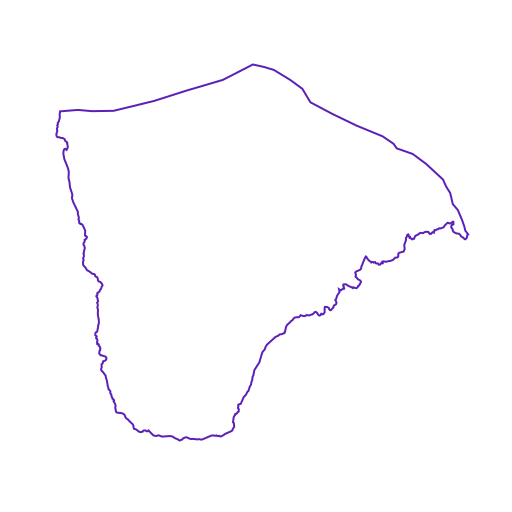 the district of North Ambrym, Malampa, Vanuatu, rotated 185°
{"feature_id": "77236927B87914906430322", "entity_name": "North Ambrym", "entity_type": "district", "adm_level": 2, "iso_a3": "VUT", "parent_name": "Vanuatu", "parent_adm1": "Malampa", "projection": "orthographic", "projection_center": [168.138, -16.178], "detail": "fine", "context": "isolated", "style": "outline", "palette": "violet", "viewbox_px": 512, "rotation_deg": 185, "n_neighbors": 0, "source": "geoboundaries", "source_scale": "gbopen_adm2", "svg_char_len": 6027}
<svg xmlns="http://www.w3.org/2000/svg" viewBox="0 0 512 512"><g transform="rotate(185 256 256)"><path d="M463.8,383.0L463.9,379.8L463.5,376.6L464.3,372.5L465.0,371.6L465.1,371.0L464.8,370.1L465.4,368.7L464.9,367.8L464.9,366.8L465.3,366.0L465.4,365.2L464.8,363.2L465.5,360.3L465.3,358.7L464.8,357.6L463.9,357.0L462.6,357.2L460.6,356.6L459.0,356.7L456.9,355.8L456.1,354.1L454.1,352.8L453.8,352.1L454.0,351.7L453.0,348.6L453.2,346.9L454.0,345.2L454.4,345.5L454.0,345.7L454.7,345.7L455.4,346.2L456.2,345.8L456.9,343.9L456.8,341.0L455.4,335.9L451.3,327.8L450.2,325.0L449.8,322.9L449.6,317.4L448.3,313.5L447.2,308.0L444.5,301.7L444.2,299.8L444.5,298.4L444.2,297.1L442.7,293.6L437.3,284.5L437.1,282.3L435.8,278.8L436.0,276.7L435.2,275.8L435.2,273.9L435.1,273.6L434.0,273.2L433.8,272.6L432.6,272.7L431.3,271.6L428.4,266.5L428.1,261.4L426.5,260.7L426.0,260.1L426.6,258.4L428.2,257.0L427.9,256.2L428.0,255.4L429.0,253.3L428.7,251.9L427.9,251.1L427.3,249.2L427.3,248.0L427.8,245.9L427.8,243.8L428.1,243.5L427.5,241.8L427.5,240.4L428.0,238.5L427.3,236.8L427.8,235.6L427.6,232.8L427.1,231.6L424.8,229.5L423.2,227.2L420.5,226.0L417.5,224.0L415.6,223.9L414.9,223.4L414.5,222.0L414.0,221.6L412.5,221.1L411.9,220.3L411.2,217.8L410.6,217.0L408.8,216.6L407.2,215.1L406.3,213.4L407.1,211.9L407.4,210.0L408.3,208.7L409.0,206.8L410.9,205.2L410.6,203.9L410.8,202.9L411.4,202.7L411.5,201.8L410.4,200.6L409.4,197.1L410.2,195.5L409.6,194.5L409.2,192.9L409.6,191.0L408.7,188.6L408.6,185.1L408.2,182.7L407.0,178.5L406.8,176.5L406.7,174.8L407.3,172.8L407.1,171.9L407.6,166.9L409.1,165.7L409.3,163.9L409.1,163.0L407.7,162.1L407.8,161.3L408.2,160.6L407.9,159.9L407.3,159.6L406.6,158.4L406.6,157.2L406.9,156.5L406.5,154.4L406.0,154.3L405.3,154.6L404.9,154.0L404.9,152.9L403.9,152.4L403.0,150.7L403.3,149.9L403.0,149.3L403.2,148.3L403.6,148.0L403.7,145.1L402.0,143.5L401.0,143.7L400.2,143.3L397.5,142.8L396.4,142.0L396.0,140.9L396.4,139.5L397.0,138.7L399.2,137.7L399.3,135.9L400.4,134.6L400.0,131.7L400.5,129.6L399.9,128.3L398.7,127.4L395.3,123.6L395.2,122.7L393.6,118.5L392.3,113.4L391.4,111.3L391.3,110.3L389.9,109.4L389.3,108.5L389.2,106.6L388.1,105.4L387.6,103.2L387.0,102.7L386.6,102.0L386.6,101.3L385.2,100.5L384.8,99.9L385.3,99.0L384.0,97.3L382.8,94.8L383.0,92.4L382.4,90.8L382.2,89.5L381.4,88.1L380.2,87.8L376.3,87.8L374.2,87.1L373.2,86.4L371.8,83.7L370.9,82.8L369.2,81.9L367.7,80.4L364.2,77.7L363.3,76.2L363.0,74.3L362.3,73.1L361.0,73.0L359.6,72.4L357.7,71.0L355.9,70.4L353.6,71.1L353.3,71.9L352.8,72.3L351.7,72.6L350.8,72.5L349.8,71.9L348.8,71.9L347.9,72.9L343.1,68.7L341.7,68.1L339.6,68.0L337.5,68.9L333.9,67.9L326.4,69.1L323.7,69.0L320.7,67.4L317.8,66.5L316.1,65.5L313.5,66.8L312.7,68.0L310.4,69.2L309.0,69.3L306.1,68.2L304.2,68.0L303.2,68.3L298.8,68.2L296.3,68.6L294.7,68.3L293.7,68.5L285.2,73.0L283.1,73.6L281.4,73.4L280.2,73.4L279.8,73.8L278.1,73.2L277.0,73.7L275.8,73.1L274.9,73.3L272.4,75.0L271.6,75.9L265.6,79.2L264.4,80.2L264.1,81.6L262.8,84.0L263.4,87.1L263.8,88.0L264.4,88.3L264.2,93.2L263.9,94.4L263.0,95.7L262.9,96.8L261.6,97.2L261.2,97.6L261.0,98.5L259.7,99.5L259.8,101.9L260.8,103.0L260.4,104.9L260.8,106.0L260.2,106.7L258.3,107.4L255.9,114.5L254.1,116.6L252.6,120.2L251.8,120.8L250.9,125.0L249.7,127.7L249.6,130.2L249.0,131.5L248.9,135.2L248.2,137.1L247.7,142.2L243.4,150.3L241.6,159.4L241.1,161.0L239.1,163.8L238.5,166.4L237.3,168.7L229.5,177.1L226.8,178.6L225.7,179.9L223.8,180.3L221.0,181.6L221.0,182.5L220.5,182.9L219.9,187.9L219.0,190.1L216.9,192.2L215.8,193.8L213.9,195.5L213.0,197.2L212.1,198.0L210.0,198.6L208.6,198.6L207.6,199.1L206.4,200.9L203.4,200.3L202.0,200.4L200.4,201.6L197.7,201.4L196.0,202.4L194.9,202.7L193.5,203.9L192.8,205.0L191.7,205.6L190.0,204.5L189.5,203.5L188.3,202.4L187.5,202.2L186.7,202.6L186.3,203.1L186.1,204.1L185.6,204.2L184.9,203.7L183.9,203.9L182.7,205.9L183.1,210.0L182.9,211.3L180.9,211.4L179.7,211.0L178.7,210.3L178.5,209.4L177.7,208.6L177.1,208.4L176.7,208.6L174.4,211.5L174.4,212.6L173.9,213.6L172.1,214.9L171.8,216.0L171.9,217.1L172.9,218.5L173.1,219.3L172.6,219.7L171.7,223.6L169.6,227.6L170.4,230.1L169.1,229.4L168.2,229.4L167.1,230.5L165.3,231.2L165.4,231.8L166.0,232.1L166.0,233.4L166.6,234.2L166.4,235.3L164.6,235.6L163.6,235.5L161.0,234.1L158.0,233.2L156.8,232.5L156.4,233.3L155.0,232.9L153.1,232.7L152.0,233.7L151.7,235.0L150.8,235.5L149.1,239.4L149.9,240.6L152.3,241.7L153.1,242.3L153.5,243.0L154.9,243.8L155.1,244.4L154.7,245.9L155.7,248.1L155.2,249.0L150.9,251.5L150.3,252.4L150.0,255.2L149.5,256.1L149.1,257.9L147.1,264.1L146.5,265.1L145.8,264.6L145.5,263.9L143.6,261.8L142.2,260.7L140.8,260.2L140.5,259.6L139.5,260.2L138.7,260.2L138.1,259.7L136.8,260.3L136.3,259.4L135.8,259.1L133.9,259.2L133.1,258.1L131.6,258.3L131.2,259.3L129.1,259.8L129.2,260.2L130.1,260.6L129.7,261.3L128.7,261.8L126.2,261.6L121.8,262.8L119.1,264.1L117.4,266.3L116.5,266.7L115.2,266.8L114.5,267.4L114.2,268.6L114.5,269.6L114.2,271.2L113.1,271.9L109.3,273.3L108.5,276.0L109.3,279.9L108.0,284.7L108.2,287.0L107.5,288.3L107.1,290.2L106.3,290.8L105.9,290.5L105.8,289.4L105.4,288.8L104.3,288.6L104.5,287.4L103.1,287.1L102.2,286.3L101.6,286.2L101.0,286.9L100.0,287.0L99.4,289.4L98.5,290.3L95.9,291.8L95.2,292.8L94.2,293.4L91.6,293.3L90.2,294.4L88.5,295.0L86.4,295.0L85.2,293.4L84.4,293.1L83.8,293.6L83.3,293.5L82.5,294.8L81.9,295.2L80.8,294.8L80.6,297.2L80.0,297.5L79.3,297.3L77.8,298.5L77.1,298.5L75.9,299.6L75.0,299.4L72.3,300.6L71.4,301.2L70.8,302.6L68.3,305.6L67.7,305.9L66.8,305.4L65.2,305.4L62.7,307.4L62.4,307.3L62.1,304.7L63.6,304.0L64.1,302.4L63.9,301.4L62.5,299.8L62.1,298.2L61.1,297.1L59.5,296.4L58.1,296.0L55.6,295.8L54.5,294.9L53.3,293.3L51.4,292.5L49.6,291.0L48.8,290.9L48.1,291.9L47.6,292.6L47.3,295.3L46.5,296.0L49.7,299.5L51.1,303.7L54.0,310.1L58.9,319.3L64.5,324.9L68.0,335.6L72.8,342.0L76.3,348.4L94.6,362.6L108.8,371.3L125.2,375.5L128.8,379.8L140.2,386.2L167.3,394.7L191.6,403.9L215.1,413.8L224.4,426.6L237.3,434.4L254.4,442.9L264.4,445.0L275.8,446.5L304.3,428.6L340.7,414.3L371.3,401.5L410.6,388.2L432.0,386.0L446.2,386.0L463.8,383.0Z" fill="none" stroke="#5b21b6" stroke-width="2"/></g></svg>